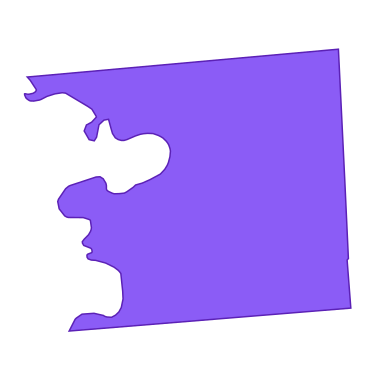 outline of Cooke, Texas, United States of America, rotated 265°
{"feature_id": "52423323B51849349717412", "entity_name": "Cooke", "entity_type": "district", "adm_level": 2, "iso_a3": "USA", "parent_name": "United States of America", "parent_adm1": "Texas", "projection": "natural_earth1", "projection_center": [-97.188, 33.686], "detail": "fine", "context": "isolated", "style": "filled", "palette": "violet", "viewbox_px": 384, "rotation_deg": 265, "n_neighbors": 0, "source": "geoboundaries", "source_scale": "gbopen_adm2", "svg_char_len": 1716}
<svg xmlns="http://www.w3.org/2000/svg" viewBox="0 0 384 384"><g transform="rotate(265 192 192)"><path d="M112.1,342.0L189.8,345.2L321.5,350.3L320.9,37.9L317.3,40.6L307.6,45.8L307.0,45.8L305.5,44.8L304.2,42.4L303.6,38.0L303.8,36.4L304.4,34.5L304.4,33.8L303.4,33.7L300.3,34.7L298.9,35.9L297.3,37.9L296.8,39.0L296.4,42.3L296.9,48.0L297.4,49.8L299.9,55.9L301.7,63.9L302.2,71.4L301.5,74.7L286.1,96.0L283.2,99.5L276.1,103.0L275.0,103.3L270.3,98.1L268.0,92.7L262.2,89.9L253.1,94.1L251.5,99.1L254.9,101.7L267.1,105.2L271.3,110.6L271.7,115.2L262.2,116.9L257.2,117.9L252.7,120.3L250.7,123.0L249.5,126.2L249.3,128.8L249.9,131.8L252.8,140.6L254.0,145.6L254.3,148.8L254.3,152.9L253.6,158.3L251.3,163.4L249.8,165.8L248.4,167.7L244.8,170.8L242.7,172.1L240.7,173.0L237.0,173.9L234.6,174.1L229.1,173.1L223.5,171.1L220.8,169.7L216.9,166.8L212.6,162.0L208.0,151.3L205.2,143.2L203.9,136.4L201.9,134.0L197.8,126.9L196.8,124.5L196.7,119.6L197.0,114.3L197.7,112.6L199.5,109.4L200.6,107.9L201.4,107.3L202.4,107.0L205.9,107.3L208.2,107.0L212.9,104.7L215.2,101.7L215.3,97.7L209.1,71.3L208.5,69.6L206.3,66.4L196.5,58.4L194.2,57.4L186.8,58.2L179.3,63.1L178.0,65.0L177.4,66.6L176.0,81.4L173.6,87.1L172.9,88.1L172.4,88.3L165.3,88.7L163.5,88.3L161.7,87.5L158.4,85.2L154.5,80.6L152.1,78.4L150.6,78.4L148.2,79.5L144.9,86.1L144.2,86.8L143.1,87.2L141.1,87.3L140.3,86.7L139.2,82.8L138.7,82.1L137.9,81.8L136.1,81.8L134.4,82.7L133.0,85.7L132.3,90.1L128.8,99.7L123.9,107.8L120.6,111.5L119.0,112.8L117.0,114.0L99.2,114.3L91.5,114.0L83.1,111.5L78.9,108.7L76.0,105.1L74.2,100.9L74.9,96.3L75.8,94.1L76.7,93.1L79.7,83.8L79.9,71.8L76.5,65.8L75.4,64.5L64.2,57.5L62.5,340.1L110.7,340.6L112.1,342.0Z" fill="#8b5cf6" stroke="#5b21b6" stroke-width="1.5"/></g></svg>